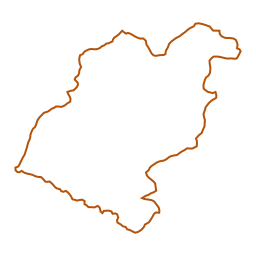 outline of Tupã, São Paulo, Brazil
{"feature_id": "56859067B14045296433248", "entity_name": "Tupã", "entity_type": "district", "adm_level": 2, "iso_a3": "BRA", "parent_name": "Brazil", "parent_adm1": "São Paulo", "projection": "mercator", "projection_center": [-50.528, -21.957], "detail": "fine", "context": "isolated", "style": "outline", "palette": "amber", "viewbox_px": 256, "rotation_deg": 0, "n_neighbors": 0, "source": "geoboundaries", "source_scale": "gbopen_adm2", "svg_char_len": 3400}
<svg xmlns="http://www.w3.org/2000/svg" viewBox="0 0 256 256"><path d="M122.2,30.7L120.3,32.8L118.7,34.5L116.2,36.4L114.2,37.7L113.0,39.5L112.4,41.5L110.5,42.3L108.7,43.2L106.2,43.7L104.3,45.3L101.8,46.3L99.9,48.0L98.0,48.8L96.1,49.3L93.5,49.2L91.3,49.0L88.9,49.4L86.9,50.3L84.5,51.6L82.6,54.2L80.1,55.2L79.4,57.8L79.2,59.9L79.8,63.9L81.1,66.9L79.4,70.2L79.1,73.2L78.0,75.7L75.6,77.3L74.7,79.6L77.7,82.6L78.0,84.7L76.7,87.3L73.6,90.3L70.4,90.9L67.4,92.0L68.3,94.2L69.5,96.2L70.5,98.5L70.2,101.7L67.3,103.4L64.8,105.4L61.5,106.9L58.2,106.5L55.9,106.5L54.2,107.8L51.6,108.8L49.5,110.5L47.8,111.6L45.8,112.2L44.0,112.8L42.1,114.7L39.9,116.9L37.7,119.9L36.9,122.0L36.0,124.9L35.1,126.9L33.0,128.8L31.8,131.1L30.5,134.5L30.2,137.3L29.3,140.3L28.2,142.5L27.6,144.6L27.2,146.5L26.6,148.5L25.9,150.5L25.3,152.6L24.6,154.7L23.3,156.7L22.0,159.2L20.9,161.5L19.7,164.0L18.3,166.5L15.4,167.6L15.6,170.4L17.5,172.1L19.7,172.1L21.7,170.9L24.3,172.7L27.1,173.6L30.0,174.2L32.6,174.9L35.5,176.3L38.2,176.9L41.1,177.1L43.7,179.6L45.3,181.7L47.6,181.8L49.7,181.5L51.1,182.8L52.6,184.2L53.9,185.7L55.3,187.4L57.3,188.6L60.0,189.2L61.2,191.1L63.2,191.8L66.0,190.9L68.2,192.7L69.7,194.5L71.1,196.4L72.4,199.3L74.8,199.8L77.1,200.6L79.4,200.0L82.3,199.7L84.6,201.1L84.5,204.2L86.5,205.2L88.4,207.1L91.7,207.2L94.6,207.4L97.6,205.9L99.5,207.4L100.2,209.6L100.6,211.6L102.4,213.1L103.8,210.9L106.6,210.7L109.1,210.7L111.5,211.5L112.6,213.8L115.1,213.4L117.1,214.2L118.3,217.5L117.0,220.1L117.4,222.5L121.0,224.6L123.0,226.4L125.6,226.9L127.3,229.4L129.9,230.0L131.6,231.0L133.3,231.8L135.2,232.7L137.6,232.1L139.8,230.9L142.1,229.2L144.0,226.8L144.9,224.6L147.1,223.4L149.1,222.1L150.9,219.4L152.4,216.9L153.9,214.1L155.7,212.5L159.2,212.7L159.4,210.2L158.7,207.5L156.1,204.0L154.2,201.5L151.6,200.1L148.6,199.6L146.5,199.3L144.5,199.0L142.1,198.1L145.9,195.7L148.1,195.1L150.7,193.4L153.5,192.4L156.2,190.7L155.7,187.3L155.1,183.3L153.2,181.2L150.5,179.0L148.7,177.5L146.9,175.5L146.0,172.4L148.6,170.3L150.0,167.4L152.0,165.7L154.7,163.9L156.5,162.6L159.4,161.4L164.3,160.4L166.9,158.9L168.9,157.2L170.9,156.2L173.2,155.6L177.0,155.0L178.8,153.6L181.5,151.7L184.5,150.1L187.2,148.3L189.3,148.5L192.5,148.5L196.7,146.3L197.0,142.9L196.8,140.7L196.0,138.5L198.8,135.3L201.6,133.1L203.0,129.6L204.5,126.4L204.9,120.0L204.0,116.9L203.5,114.1L204.9,110.0L205.6,107.3L207.7,104.5L209.2,102.7L210.8,101.2L212.5,100.0L214.3,99.0L216.2,97.8L216.4,95.4L215.5,92.0L212.7,93.1L210.9,92.6L208.1,92.0L205.6,90.3L203.7,88.7L203.4,85.2L204.2,82.2L205.1,79.2L206.5,77.0L208.4,75.7L209.9,73.1L210.2,70.6L210.4,68.0L209.7,63.6L209.5,60.7L211.5,58.2L213.6,56.6L218.1,56.6L221.5,57.3L223.6,57.8L226.6,58.5L229.2,58.5L231.7,58.4L234.8,58.8L236.8,58.4L238.2,56.0L239.4,53.8L240.6,51.3L239.6,49.4L237.0,48.3L237.6,44.7L236.8,42.2L236.0,40.1L233.9,38.7L231.5,38.2L229.3,38.0L226.6,38.0L224.6,37.7L221.5,36.2L219.8,34.0L219.4,30.7L213.1,30.6L211.3,28.5L209.9,26.6L204.9,24.8L202.1,24.0L198.7,23.3L195.4,23.7L193.7,26.4L191.5,27.4L189.1,28.7L187.0,30.4L185.0,32.2L183.0,33.6L181.2,34.9L179.7,36.2L177.8,37.1L175.8,38.2L173.3,40.1L171.6,41.3L169.2,43.8L167.8,47.5L165.9,50.8L165.4,54.2L163.4,55.0L159.5,55.2L156.0,55.8L153.6,55.4L151.7,53.6L150.0,50.5L148.3,47.4L146.5,44.6L145.8,40.7L143.3,38.5L140.2,38.6L137.6,37.7L135.0,36.5L132.3,34.8L130.0,33.6L128.0,32.9L126.0,33.6L124.3,32.5L122.2,30.7Z" fill="none" stroke="#b45309" stroke-width="2"/></svg>